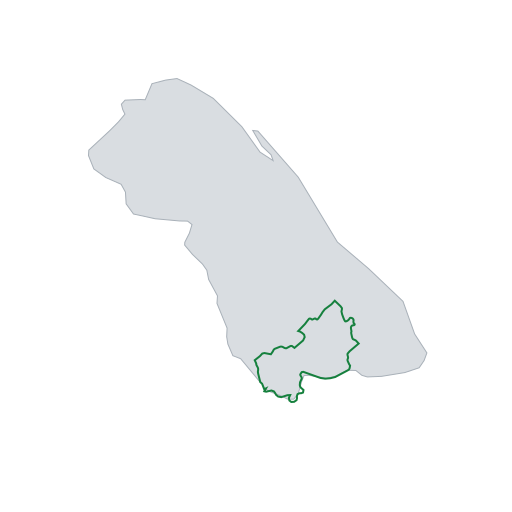 location of Santa Ana within El Salvador, rotated 213°
{"feature_id": "SLV-1358", "entity_name": "Santa Ana", "entity_type": "Department", "adm_level": 1, "iso_a3": "SLV", "parent_name": "El Salvador", "parent_adm1": "", "projection": "orthographic", "projection_center": [-89.512, 14.11], "detail": "fine", "context": "in_parent", "style": "outline", "palette": "green", "viewbox_px": 512, "rotation_deg": 213, "n_neighbors": 0, "source": "natural_earth", "source_scale": "10m", "svg_char_len": 3353}
<svg xmlns="http://www.w3.org/2000/svg" viewBox="0 0 512 512"><g transform="rotate(213 256 256)"><path d="M181.1,152.1L185.3,152.9L212.9,161.5L221.1,159.8L231.6,166.8L236.6,172.3L241.0,179.8L262.9,195.0L266.6,201.6L282.9,210.5L289.5,217.3L296.5,220.1L310.1,222.7L321.8,226.3L323.2,228.8L324.3,238.9L326.8,247.5L332.4,248.0L339.1,243.8L360.9,232.3L381.6,224.5L393.3,229.0L400.3,238.5L408.2,242.7L424.6,240.0L439.4,240.7L451.2,249.0L453.9,253.8L446.9,281.6L444.4,293.5L443.2,303.6L447.5,306.2L451.6,310.0L450.7,315.4L438.0,324.4L434.0,326.7L437.1,343.9L427.6,354.3L418.9,361.8L403.6,364.0L377.5,364.9L338.2,356.7L309.2,345.3L293.6,345.3L298.5,349.1L310.9,351.4L327.1,359.5L322.5,361.8L263.5,345.1L195.3,312.0L154.6,306.7L108.0,298.0L80.5,277.0L59.9,267.8L58.1,259.9L58.3,251.1L67.7,239.3L85.2,223.4L96.8,215.2L102.2,213.6L109.9,214.4L117.2,209.9L123.5,198.9L130.1,191.9L146.8,184.7L150.6,181.9L149.4,175.7L145.7,163.8L146.3,156.5L151.7,153.1L158.3,152.5L171.8,149.5L177.7,150.1L181.1,152.1Z" fill="#d9dde1" stroke="#a8b0b8" stroke-width="1"/><path d="M117.4,215.3L116.4,212.9L116.2,211.6L116.7,210.2L123.7,197.6L127.1,194.0L131.2,190.8L135.6,188.8L153.3,184.6L154.4,183.5L154.4,180.8L153.8,180.1L151.7,179.1L151.0,178.4L150.7,177.3L150.4,174.7L150.2,173.9L149.2,172.0L148.8,171.4L147.8,170.5L146.7,170.0L143.2,169.5L142.2,167.1L143.2,165.7L144.8,164.5L145.9,162.8L145.4,160.8L144.2,159.1L143.5,157.2L144.6,154.5L146.9,152.8L149.3,153.0L151.1,154.8L151.6,158.0L153.9,156.3L157.9,151.4L159.1,150.9L160.9,150.2L163.5,150.5L165.4,151.5L167.2,152.2L169.8,151.6L173.6,147.7L175.3,147.1L175.5,150.4L176.3,149.1L176.5,148.7L181.3,152.2L183.8,152.6L190.1,158.5L191.2,159.7L191.4,160.0L192.0,161.3L192.7,162.5L193.1,162.9L193.7,163.4L196.1,164.7L196.5,165.0L197.3,166.0L200.3,167.9L198.2,174.1L197.6,177.6L196.1,179.2L190.0,181.7L189.9,185.1L190.1,187.0L190.0,187.6L189.7,188.4L186.5,192.9L185.9,193.5L185.6,193.7L185.2,193.9L184.8,194.1L184.4,194.2L183.8,194.3L182.1,194.4L181.7,194.5L181.3,194.6L180.9,194.8L180.5,195.0L180.2,195.3L178.3,198.8L177.9,199.4L177.6,199.7L177.2,199.9L176.8,200.1L173.7,199.9L170.5,210.8L171.0,214.5L172.8,216.2L175.3,216.6L177.8,216.6L179.7,216.1L177.9,225.5L177.7,228.0L177.7,228.5L177.4,231.8L177.3,232.3L176.9,232.8L176.0,233.2L175.4,233.2L174.9,233.2L174.4,233.2L174.1,233.4L172.8,235.5L172.2,235.9L171.7,236.0L171.3,235.8L170.9,235.8L170.5,235.9L170.1,236.1L169.9,236.5L169.7,237.4L169.5,242.0L169.6,245.1L169.3,248.7L166.4,256.6L165.6,261.4L157.7,259.9L155.6,259.1L155.4,258.8L155.1,258.5L154.1,256.0L151.9,253.9L148.4,251.3L146.8,250.3L145.7,249.8L145.3,249.9L144.9,250.2L144.7,250.5L144.2,251.2L143.7,252.4L143.5,253.4L143.5,254.9L143.4,255.3L143.0,255.7L142.4,256.0L141.2,256.3L140.4,256.1L139.9,255.9L139.5,255.6L139.2,255.3L139.0,254.9L138.8,254.4L138.4,253.8L137.7,253.0L136.7,252.8L136.1,252.5L135.9,252.1L136.0,251.7L136.2,251.3L136.5,251.0L137.1,250.5L137.4,250.2L137.6,249.8L137.7,249.3L137.7,248.8L137.6,248.0L136.8,246.8L135.8,245.8L135.3,245.2L134.9,244.8L134.4,243.5L133.9,242.9L131.2,240.2L130.3,239.5L129.5,239.1L129.0,239.1L128.5,239.2L127.6,239.4L126.1,239.5L122.2,238.5L125.6,227.1L126.0,224.1L125.9,223.7L125.5,223.0L124.9,222.4L124.2,221.8L123.7,221.2L123.4,220.9L123.2,220.5L122.9,219.1L122.7,218.7L122.4,218.3L121.8,217.8L118.8,215.9L117.4,215.3Z" fill="none" stroke="#15803d" stroke-width="2"/></g></svg>